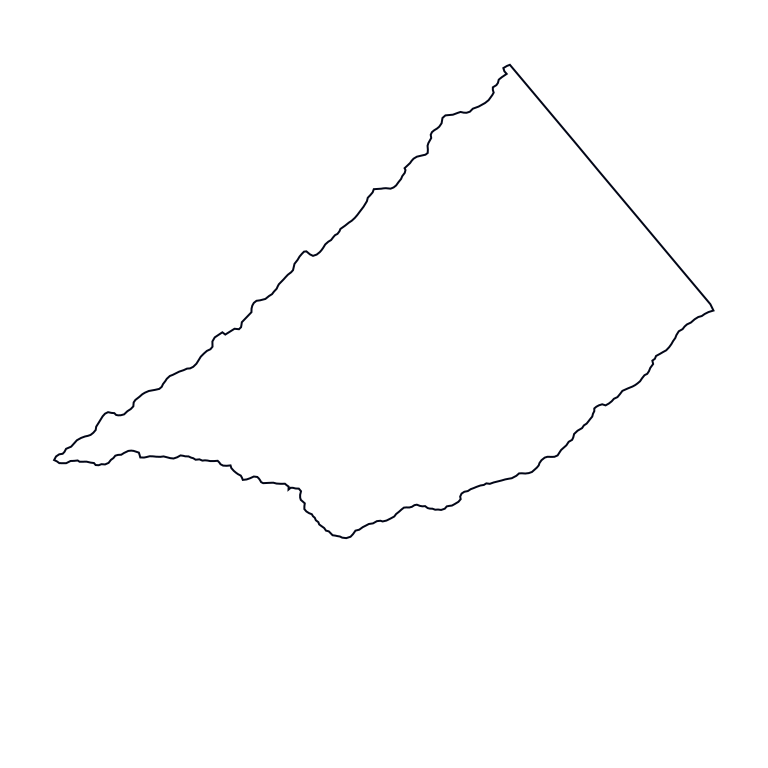 outline of Bom Jesus das Selvas, Maranhão, Brazil, rotated 230°
{"feature_id": "56859067B7435472953251", "entity_name": "Bom Jesus das Selvas", "entity_type": "district", "adm_level": 2, "iso_a3": "BRA", "parent_name": "Brazil", "parent_adm1": "Maranhão", "projection": "equal_earth", "projection_center": [-46.671, -4.525], "detail": "fine", "context": "isolated", "style": "outline", "palette": "ink", "viewbox_px": 768, "rotation_deg": 230, "n_neighbors": 0, "source": "geoboundaries", "source_scale": "gbopen_adm2", "svg_char_len": 5266}
<svg xmlns="http://www.w3.org/2000/svg" viewBox="0 0 768 768"><g transform="rotate(230 384 384)"><path d="M235.3,685.3L243.3,685.3L245.8,685.3L282.3,685.3L344.7,685.4L380.1,685.4L409.5,685.4L444.3,685.6L506.5,685.6L547.6,685.6L548.6,682.7L549.3,678.5L546.1,677.2L542.7,677.3L543.3,671.5L543.4,667.6L541.4,664.8L540.7,662.2L541.3,658.1L539.3,656.4L536.7,655.3L535.7,652.6L534.2,646.6L534.3,642.1L535.7,634.8L537.8,629.0L537.4,624.8L538.7,621.6L540.6,619.5L543.2,617.5L544.2,615.0L546.0,609.9L550.3,603.7L550.2,599.8L546.7,595.7L545.6,591.7L545.6,588.8L546.1,585.5L546.1,582.6L544.9,580.0L542.1,578.3L540.0,572.8L538.5,570.5L535.4,568.3L532.9,566.0L533.0,563.2L534.9,559.5L537.0,555.3L537.6,551.5L537.2,548.6L536.5,546.0L536.1,538.5L534.1,538.0L532.4,535.6L531.5,531.6L530.1,528.9L529.3,524.8L528.3,520.9L528.4,517.7L529.4,514.6L532.8,511.3L534.2,509.4L535.4,507.4L539.8,501.4L538.1,498.5L537.5,495.0L537.1,491.3L535.0,488.4L532.9,482.1L531.8,477.2L530.6,472.1L530.0,468.4L529.8,464.2L530.2,460.9L530.3,456.1L530.8,450.3L529.6,448.0L528.9,444.8L529.5,442.2L529.1,439.6L528.3,436.0L528.8,432.8L528.7,428.7L527.4,424.9L526.7,422.2L526.3,419.6L526.4,415.6L527.8,412.0L530.9,410.6L535.5,409.8L536.8,407.8L536.5,404.8L535.9,401.2L534.6,397.5L533.6,392.7L529.7,387.5L529.3,384.8L529.5,380.6L529.1,377.2L528.7,374.5L528.0,367.6L527.1,365.3L526.0,363.1L525.5,359.0L524.8,356.0L525.3,352.5L525.4,347.8L527.8,342.8L529.7,339.8L529.8,336.4L528.7,333.5L526.9,331.0L524.2,328.6L522.7,314.8L520.9,312.8L519.4,311.0L519.2,308.1L522.4,305.0L523.9,294.2L527.5,293.4L528.5,284.3L526.9,279.9L522.8,276.6L522.2,273.4L523.2,269.6L523.1,265.6L522.7,261.2L521.1,256.4L520.1,253.3L519.8,248.9L520.6,245.5L522.4,243.0L523.4,239.4L525.1,235.1L526.8,228.0L527.8,225.1L527.6,220.9L526.8,218.4L526.0,214.7L524.7,211.9L524.7,208.7L526.7,204.8L529.8,199.4L531.0,195.4L531.5,192.3L531.4,188.4L531.6,183.3L530.8,180.4L528.0,177.6L527.6,173.9L528.1,169.9L527.8,165.4L529.3,162.2L530.9,160.2L532.5,158.9L535.0,158.7L537.0,156.7L539.8,154.5L540.6,151.2L540.1,147.7L537.8,140.8L536.3,136.1L534.1,133.6L533.5,130.0L533.6,126.5L534.6,123.9L536.0,121.2L537.4,117.3L538.3,112.6L537.1,104.1L538.7,98.8L537.4,95.6L537.1,93.0L538.9,90.0L539.3,86.2L537.8,82.4L535.0,83.7L532.1,84.4L529.9,86.9L527.6,89.7L526.5,94.4L524.4,97.1L522.3,100.2L520.2,100.8L518.1,103.3L515.6,106.3L512.4,108.7L509.9,111.0L507.3,111.0L505.2,113.2L504.2,116.0L501.7,118.6L500.6,122.3L501.4,126.0L501.2,129.1L501.8,132.1L500.7,134.6L498.7,137.3L498.3,140.4L497.1,145.1L495.5,147.5L493.7,149.2L491.3,150.7L489.0,152.1L486.8,151.2L484.4,150.1L481.9,152.9L480.7,155.1L479.3,158.0L477.2,160.4L474.8,162.7L472.0,165.8L470.2,168.6L467.7,170.4L464.6,172.6L462.2,174.9L460.8,178.5L460.1,182.2L458.1,184.0L456.3,185.3L454.2,187.7L451.6,188.9L449.7,190.2L447.1,191.0L444.9,194.2L442.1,195.6L440.6,197.8L438.8,199.6L436.8,201.2L434.4,204.0L432.1,207.2L429.7,207.4L427.6,207.2L424.9,208.3L422.4,211.0L420.3,214.1L417.7,213.0L414.0,213.1L411.2,213.6L408.8,214.2L405.9,215.4L403.7,215.0L401.3,214.2L399.2,217.4L397.9,220.8L396.8,224.8L394.2,227.2L391.9,227.4L389.9,227.2L387.8,226.8L385.7,227.7L383.6,230.5L381.7,233.0L379.6,235.7L376.8,237.7L373.5,241.2L371.3,244.0L369.0,244.4L366.7,245.0L364.5,243.0L364.5,245.8L362.9,247.6L360.9,249.0L358.6,251.5L355.2,251.5L353.0,248.5L350.8,246.7L348.7,245.8L346.3,246.2L343.5,246.6L341.7,244.6L339.4,242.6L336.3,242.6L333.2,243.6L330.6,245.0L328.3,244.6L326.1,245.0L323.4,244.2L320.4,244.9L318.1,244.1L315.6,244.7L312.1,245.6L309.0,245.3L306.6,247.0L304.0,247.2L301.2,247.4L299.2,249.2L297.5,250.5L295.5,252.2L293.2,253.2L290.2,256.0L288.5,260.2L288.9,263.7L290.0,267.9L288.3,271.4L288.0,275.7L287.2,279.1L286.5,282.4L284.3,286.0L283.5,290.4L281.5,293.4L279.6,294.6L277.8,298.1L276.7,302.7L275.9,306.7L276.6,309.7L276.5,313.5L276.6,316.7L276.5,319.8L275.0,321.9L273.2,323.9L272.0,326.4L271.6,329.5L270.4,331.6L267.5,333.2L265.6,334.8L264.0,337.0L260.9,337.7L259.1,339.0L257.4,340.9L254.8,342.4L253.1,344.7L250.8,346.8L249.4,350.4L249.9,353.4L248.7,355.6L247.2,357.9L246.6,360.9L245.9,365.3L246.5,368.7L248.8,370.0L250.2,373.0L249.8,376.3L248.1,379.4L247.7,382.8L246.6,385.9L245.7,388.8L244.3,392.6L242.5,395.6L242.1,398.5L239.5,400.9L238.1,404.7L236.0,409.0L234.4,412.3L233.0,415.5L231.4,418.4L229.7,421.3L228.6,426.4L228.7,430.0L227.0,432.2L224.6,434.7L222.7,437.6L221.5,440.8L221.6,444.7L221.7,447.4L222.2,450.2L223.5,452.3L224.4,455.7L224.3,459.8L223.2,462.4L221.1,464.8L218.7,467.7L217.7,471.1L218.9,474.9L219.6,477.3L219.7,480.1L219.8,484.3L221.0,488.3L220.3,492.2L221.4,494.6L223.5,497.5L223.8,502.3L222.9,507.4L223.8,510.5L223.4,513.8L224.0,516.7L224.6,519.4L225.2,522.6L226.9,525.0L228.0,527.6L230.1,529.4L230.1,532.1L229.5,535.0L228.2,538.1L225.2,540.0L224.5,543.7L224.4,547.4L224.9,550.6L223.9,554.4L224.6,558.3L225.5,562.2L224.8,564.7L223.8,568.2L222.3,572.8L221.7,575.8L221.5,578.6L221.5,581.9L222.5,585.3L223.3,589.2L222.6,592.2L223.5,595.2L225.2,598.4L226.3,603.0L229.4,604.6L229.2,607.7L230.6,610.4L229.7,614.8L229.1,618.4L228.4,621.8L228.9,626.1L229.8,629.7L231.1,633.2L232.0,636.7L233.5,639.4L234.9,643.7L234.1,648.0L234.8,651.2L234.9,654.4L233.8,658.6L233.9,663.6L233.3,667.8L231.8,671.1L231.5,674.7L230.5,678.9L228.5,683.6L235.3,685.3Z" fill="none" stroke="#020617" stroke-width="2"/></g></svg>